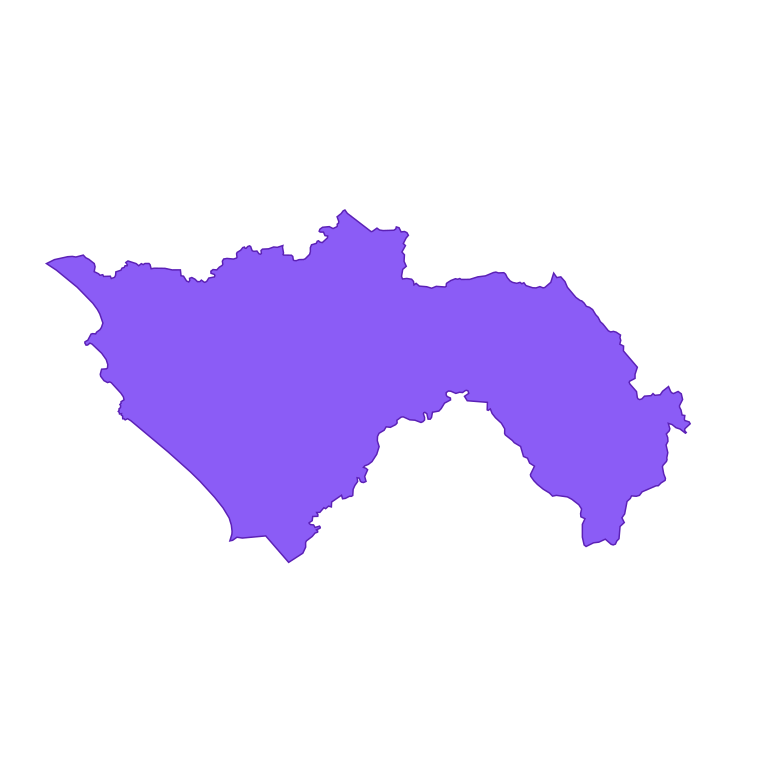 the district of Phu Cat, Bình Định, Vietnam, rotated 160°
{"feature_id": "81297802B92234400822922", "entity_name": "Phu Cat", "entity_type": "district", "adm_level": 2, "iso_a3": "VNM", "parent_name": "Vietnam", "parent_adm1": "Bình Định", "projection": "orthographic", "projection_center": [109.072, 14.062], "detail": "fine", "context": "isolated", "style": "filled", "palette": "violet", "viewbox_px": 768, "rotation_deg": 160, "n_neighbors": 0, "source": "geoboundaries", "source_scale": "gbopen_adm2", "svg_char_len": 6171}
<svg xmlns="http://www.w3.org/2000/svg" viewBox="0 0 768 768"><g transform="rotate(160 384 384)"><path d="M536.3,560.9L543.9,563.6L550.3,567.6L560.3,571.4L563.4,572.0L563.0,576.1L563.6,577.6L567.4,579.0L569.5,578.6L570.9,580.1L574.0,579.0L575.7,581.9L582.5,587.2L585.1,586.5L584.4,583.7L584.9,583.0L586.9,583.7L588.2,582.4L590.6,582.5L592.3,580.9L597.6,581.1L599.1,577.9L600.7,576.4L604.2,576.4L604.3,578.9L610.7,581.0L610.9,582.9L613.7,583.3L614.5,585.2L617.9,588.7L615.4,593.0L615.1,596.3L618.7,602.1L621.1,604.7L622.5,608.0L630.1,608.7L633.2,610.5L637.7,611.8L651.2,613.6L660.0,612.6L652.9,603.0L639.2,579.9L630.0,559.5L627.8,551.9L627.1,547.0L627.3,537.4L630.2,533.8L632.3,532.2L636.4,531.0L637.8,529.7L640.6,531.0L642.2,531.1L647.3,526.5L650.6,525.9L651.1,524.8L650.7,522.4L649.1,522.0L646.4,523.0L644.7,521.4L638.8,509.5L636.7,502.0L636.9,496.8L638.3,493.7L639.6,493.2L644.3,494.5L647.3,490.2L647.6,488.1L646.0,482.9L643.3,479.9L641.1,479.8L639.8,478.5L634.4,465.4L633.3,461.1L633.7,458.1L637.2,457.3L637.7,455.8L639.2,455.1L638.9,453.6L639.7,452.0L641.6,451.2L641.9,449.9L643.1,449.1L642.5,448.0L642.8,446.3L640.8,445.9L641.5,444.8L640.6,443.4L641.4,440.7L640.0,440.0L639.5,438.8L636.8,439.1L634.4,436.0L610.0,393.8L595.9,367.5L590.1,355.4L581.9,335.5L577.6,322.6L575.3,311.1L575.7,303.7L577.1,297.7L578.3,294.9L582.5,289.3L579.7,288.9L574.6,290.3L569.8,287.7L547.1,281.7L534.6,249.0L518.1,252.8L513.4,257.5L511.9,261.8L510.6,263.1L503.6,265.3L499.8,267.5L497.1,267.5L496.6,268.5L497.4,270.0L493.4,270.4L492.9,271.2L493.2,272.5L497.8,272.8L498.4,275.7L501.1,277.0L502.0,278.6L501.9,279.2L498.2,280.1L496.3,283.9L491.5,282.3L490.8,283.7L491.2,286.3L488.2,285.3L482.8,288.3L481.5,286.8L477.9,288.2L475.5,286.5L473.6,291.0L462.0,294.0L462.2,290.3L459.4,289.7L454.9,290.3L453.1,289.6L451.5,289.9L449.0,295.6L446.1,298.6L442.1,301.4L441.3,305.1L439.5,304.0L439.4,300.6L438.5,299.3L436.9,298.4L434.2,298.6L433.8,303.7L428.7,309.0L429.8,311.0L431.8,312.7L430.0,313.7L426.2,313.8L421.8,315.2L414.9,320.4L410.0,326.8L409.7,332.9L408.0,337.0L405.5,339.4L399.7,340.5L396.6,343.0L392.8,341.1L387.0,341.8L385.0,342.9L384.3,345.5L379.2,347.0L377.2,346.6L372.0,341.5L367.3,339.4L362.4,335.2L360.3,335.3L358.2,336.3L357.3,338.7L357.2,342.4L356.4,343.4L355.3,343.4L353.9,341.4L354.6,335.9L352.6,335.1L350.8,336.3L348.1,340.9L341.7,339.8L338.7,341.3L333.7,345.3L326.9,346.3L326.4,348.1L329.0,350.7L329.3,352.5L328.5,354.6L325.9,355.4L323.6,354.3L319.7,350.6L315.8,350.4L313.1,349.1L309.8,350.0L308.5,349.8L307.4,348.8L307.6,346.2L312.6,344.9L311.5,339.8L293.1,331.4L295.9,324.4L295.1,323.6L292.6,324.2L292.5,319.4L290.8,314.2L287.1,307.0L285.9,300.6L287.6,296.2L287.4,294.6L282.7,287.0L281.7,284.3L277.0,278.6L277.7,268.2L274.5,265.2L274.2,259.9L270.7,255.3L277.4,248.8L277.7,247.1L276.2,241.7L274.2,237.2L270.3,230.6L265.8,225.0L264.0,221.0L260.1,220.4L250.3,215.2L247.0,211.5L242.2,203.9L241.1,199.0L243.6,195.0L244.4,191.9L241.2,188.7L245.6,184.3L250.0,172.2L251.0,164.3L249.7,162.2L241.4,163.1L236.2,161.9L229.1,162.5L225.4,155.7L223.7,154.4L221.3,154.4L219.0,156.8L216.1,158.2L210.9,169.4L205.6,171.6L206.2,176.9L202.3,179.6L195.8,190.5L191.7,192.2L189.7,194.2L185.3,192.2L182.0,192.0L178.3,194.4L163.3,195.3L161.0,194.6L157.4,196.3L152.8,197.3L151.8,199.1L151.9,203.8L150.7,211.0L149.6,212.2L145.1,214.6L143.9,216.1L143.6,217.8L140.8,222.4L139.8,230.2L136.8,233.0L135.7,236.7L135.8,240.5L132.0,242.4L130.7,244.2L130.3,249.8L127.1,247.3L124.6,243.1L121.2,240.4L117.6,234.7L116.6,235.0L117.4,237.5L116.5,239.1L109.9,241.9L110.2,244.0L113.8,246.8L113.8,248.2L112.1,251.5L114.5,252.9L113.8,258.0L114.2,261.2L113.7,262.6L108.7,267.3L108.0,273.1L110.2,276.4L115.1,276.0L116.3,276.9L117.2,278.7L117.5,284.3L124.7,281.9L128.1,279.4L133.3,280.7L134.5,283.0L137.0,281.7L143.4,283.5L146.8,281.8L149.0,281.9L150.3,283.0L150.6,284.6L149.3,290.5L152.9,299.8L153.1,301.7L152.2,302.6L146.2,303.4L144.8,307.2L140.2,313.1L147.7,333.2L145.9,337.7L148.8,340.8L146.6,344.0L146.4,346.9L145.0,349.1L148.1,353.3L150.4,355.0L153.2,355.4L155.0,357.3L157.8,365.5L159.4,368.5L160.0,373.5L161.4,376.8L162.5,382.5L164.7,385.8L167.3,387.8L168.3,391.7L169.7,394.4L171.2,395.5L174.1,399.8L178.6,412.2L178.9,418.3L181.2,424.2L185.2,424.9L186.6,430.2L192.5,422.5L199.8,419.7L201.6,419.9L204.2,422.2L208.3,422.3L211.4,423.6L216.9,427.9L217.9,431.3L220.2,431.1L221.4,433.0L224.8,433.2L228.4,435.5L230.3,437.8L231.8,441.9L232.2,445.7L233.3,447.6L238.4,449.2L240.6,450.9L243.1,451.3L251.7,450.9L259.2,452.6L267.6,453.0L275.6,455.8L276.7,457.2L278.9,457.2L280.9,458.5L285.7,458.4L290.3,457.4L291.1,456.9L292.2,454.5L293.5,454.3L301.5,457.9L306.5,457.7L310.6,460.8L317.3,463.9L319.4,467.6L321.9,466.9L321.2,470.3L322.2,473.0L326.5,475.4L330.7,476.4L330.7,479.2L327.2,485.3L322.8,487.0L323.2,492.4L320.6,498.4L322.0,501.9L316.5,506.7L317.8,509.4L313.3,513.6L310.2,515.4L310.7,518.4L312.6,520.3L315.9,521.1L316.4,525.7L318.7,527.4L319.9,525.7L322.1,525.1L332.4,528.5L335.5,530.2L337.3,532.9L342.7,531.4L344.0,531.6L360.1,556.9L361.2,560.9L363.1,560.7L366.0,558.8L370.9,557.2L370.9,552.3L371.8,550.6L373.3,550.2L373.9,548.3L374.6,547.9L378.7,547.5L381.6,550.6L388.1,552.3L391.3,551.4L392.7,549.7L392.0,548.6L388.9,547.4L388.7,543.6L386.3,542.3L387.1,540.7L393.6,538.0L395.4,539.0L396.6,541.0L397.9,541.0L399.5,539.3L404.5,539.6L406.6,537.3L407.9,533.6L409.5,531.3L415.2,528.6L417.0,528.5L421.2,529.9L424.4,529.9L426.4,530.9L426.8,531.6L426.1,535.1L427.0,536.7L434.1,539.4L434.6,540.1L433.6,541.5L432.6,547.2L431.7,548.7L437.5,548.9L440.8,550.5L446.2,550.5L452.1,552.3L453.9,551.5L454.6,548.6L455.8,548.2L457.0,549.2L457.9,552.4L461.0,553.2L462.3,554.4L462.3,558.8L463.1,559.8L465.0,559.8L467.1,558.7L468.1,559.0L468.3,560.4L470.0,560.5L473.0,558.7L477.0,557.9L478.0,556.8L478.8,553.4L479.5,552.8L482.7,552.9L488.6,555.7L491.9,556.3L493.9,554.7L494.5,551.7L495.5,550.8L498.8,550.1L502.1,548.4L505.5,550.0L508.1,549.2L508.7,547.2L505.9,544.9L505.9,543.6L506.7,542.6L512.4,543.5L515.3,541.2L516.9,540.8L517.9,540.9L520.1,544.1L522.0,543.2L524.3,544.0L525.8,547.2L528.2,549.8L530.6,549.8L531.1,547.7L532.6,546.7L534.3,548.3L535.5,553.9L537.7,555.1L536.3,560.9Z" fill="#8b5cf6" stroke="#5b21b6" stroke-width="1.5"/></g></svg>